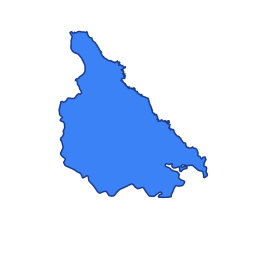 outline of Cat Tien, Lâm Đồng, Vietnam, rotated 294°
{"feature_id": "81297802B49537212124970", "entity_name": "Cat Tien", "entity_type": "district", "adm_level": 2, "iso_a3": "VNM", "parent_name": "Vietnam", "parent_adm1": "Lâm Đồng", "projection": "robinson", "projection_center": [107.427, 11.659], "detail": "fine", "context": "isolated", "style": "filled", "palette": "blue", "viewbox_px": 256, "rotation_deg": 294, "n_neighbors": 0, "source": "geoboundaries", "source_scale": "gbopen_adm2", "svg_char_len": 5902}
<svg xmlns="http://www.w3.org/2000/svg" viewBox="0 0 256 256"><g transform="rotate(294 128 128)"><path d="M193.6,40.1L192.6,40.1L192.2,39.8L192.2,39.3L193.0,37.4L192.4,36.6L191.5,36.3L190.9,36.8L189.3,39.3L188.6,39.9L184.4,40.6L182.5,41.6L178.9,42.8L177.4,43.8L176.6,44.6L175.3,46.9L175.0,48.8L175.2,50.0L175.3,52.4L173.0,57.1L167.8,63.2L162.7,65.6L161.0,65.6L159.0,65.2L156.8,64.1L155.0,62.9L153.7,62.8L152.3,61.7L152.0,61.1L151.1,60.5L150.4,60.4L150.1,60.7L150.1,62.4L149.8,62.9L147.3,64.1L145.9,66.6L144.2,67.8L142.1,70.7L141.5,71.1L140.7,71.2L139.5,70.7L139.2,69.2L138.9,68.7L136.8,67.8L135.0,67.6L133.0,66.6L132.0,64.5L131.6,62.7L131.0,61.2L130.3,60.7L128.3,60.7L126.3,59.7L125.2,58.5L125.5,57.1L124.7,56.1L123.5,56.2L122.7,56.6L120.9,56.7L119.7,57.2L117.6,57.4L116.1,57.9L112.9,59.9L111.8,61.0L111.8,62.4L111.4,63.2L111.0,63.6L110.4,63.6L108.4,62.8L107.4,63.0L107.1,64.7L107.3,66.2L106.3,68.0L105.8,68.5L104.6,68.8L104.1,69.3L102.5,70.0L101.2,70.2L100.3,70.0L98.7,70.2L98.3,70.3L97.6,71.2L95.5,71.7L93.5,71.6L91.5,70.7L90.2,71.0L89.2,71.9L88.9,72.8L84.5,76.3L82.1,76.8L77.8,76.6L76.8,77.1L76.3,77.7L75.2,79.7L74.6,82.8L74.2,83.3L73.6,83.5L70.6,83.2L70.2,83.4L68.5,85.4L68.2,85.9L68.1,87.0L68.1,90.7L68.2,93.5L68.0,96.4L67.4,99.1L67.2,102.9L66.5,104.2L64.2,106.5L64.1,107.1L64.7,107.8L67.3,109.5L67.8,110.2L67.8,110.8L67.4,111.4L64.4,113.4L63.8,114.0L61.0,120.4L57.3,126.4L56.9,128.3L57.4,129.3L58.7,130.3L60.1,131.7L60.8,132.9L61.2,134.2L59.4,136.8L58.6,138.4L59.1,140.8L60.2,142.4L61.0,143.0L64.7,143.9L67.3,144.9L69.1,145.9L71.7,148.3L77.7,153.4L78.5,154.4L78.5,155.5L76.8,159.2L76.5,161.5L77.4,162.8L79.5,165.2L79.8,166.2L76.9,170.6L75.8,172.8L74.7,174.5L74.6,175.2L75.5,178.1L76.4,179.8L80.4,181.8L82.7,183.6L82.8,184.0L82.6,184.5L81.9,185.7L81.7,185.8L81.3,185.6L80.1,184.2L79.1,183.6L77.8,183.7L77.4,184.2L77.5,184.9L78.0,185.8L78.6,187.7L81.3,193.2L82.6,195.2L83.0,195.3L84.7,194.7L88.4,194.8L91.4,194.6L94.4,194.9L94.9,195.2L95.5,197.8L97.1,200.6L98.7,201.6L101.0,201.8L101.9,201.6L102.2,201.2L102.3,200.7L102.2,197.0L102.8,195.2L103.1,194.8L104.0,194.1L106.4,193.8L107.5,192.0L108.0,190.3L107.2,186.9L107.5,184.6L108.4,181.6L108.2,178.1L108.5,177.6L109.2,177.1L110.4,177.1L111.1,177.8L111.4,180.5L112.9,182.3L113.0,182.8L112.7,183.2L111.2,183.5L110.6,184.2L110.3,184.7L110.1,185.9L110.9,187.6L112.9,189.7L113.3,190.4L113.1,190.8L112.7,191.1L110.0,192.6L109.7,193.3L109.8,194.2L112.1,195.0L112.6,195.3L113.3,195.9L114.9,198.1L115.5,198.2L116.5,197.6L116.7,196.8L116.3,195.9L114.3,193.6L114.1,192.5L114.4,191.8L116.1,192.4L116.6,192.9L117.0,194.0L117.5,197.0L119.7,201.0L120.0,201.9L119.8,203.3L118.0,209.1L118.0,210.6L118.6,212.9L118.6,214.0L116.1,216.0L113.7,217.2L113.6,217.4L113.7,217.9L115.8,219.4L116.7,219.7L117.3,219.6L118.2,219.1L119.0,217.9L120.0,217.0L123.1,216.3L123.7,215.9L124.1,215.2L124.0,213.3L124.3,212.6L127.9,211.8L130.8,212.1L132.8,210.2L131.9,208.6L131.4,208.2L129.8,208.0L129.8,207.5L130.0,206.7L131.2,205.3L131.1,203.6L131.3,203.2L132.3,202.4L133.1,202.4L133.8,202.1L135.9,200.0L136.6,198.9L136.8,198.1L136.3,196.3L136.9,195.3L136.9,194.8L136.3,194.5L134.9,193.0L134.5,191.6L134.7,191.0L134.5,190.3L134.5,189.3L135.2,188.7L135.3,188.0L135.7,187.9L136.1,187.5L136.9,187.3L137.4,186.6L137.5,186.0L137.1,185.2L137.3,184.5L137.3,183.9L137.9,183.3L138.9,181.2L140.1,180.3L140.2,179.0L140.8,178.3L140.7,177.5L140.9,176.9L140.7,176.4L140.8,175.6L141.4,174.6L141.5,173.9L142.1,173.3L142.9,172.0L143.8,171.1L144.6,170.8L145.0,170.1L145.0,169.7L144.5,169.0L144.7,168.3L143.7,167.7L144.4,167.1L144.5,165.4L144.8,165.3L144.9,166.0L145.1,166.1L146.4,165.2L148.2,165.0L148.3,164.6L147.9,162.9L148.1,162.2L148.8,162.6L149.8,162.6L149.7,163.2L150.0,163.5L150.2,163.4L150.4,162.6L151.2,162.3L150.9,161.6L149.4,161.4L148.7,160.7L148.9,160.1L149.6,160.1L149.8,159.7L149.6,159.2L149.6,158.6L148.7,158.6L148.8,158.0L148.6,157.2L149.0,156.4L149.1,155.4L148.4,154.8L147.5,154.8L147.2,154.0L146.6,153.1L147.4,153.1L148.1,152.4L148.1,152.1L147.5,151.5L147.6,151.1L148.3,151.0L148.8,151.3L149.1,151.2L149.8,150.5L150.6,150.0L151.0,148.7L151.7,148.7L151.8,147.8L151.0,147.0L150.9,146.7L152.0,145.9L151.9,145.0L152.4,143.9L154.1,143.0L154.3,142.1L154.8,142.2L155.4,141.4L156.1,141.2L157.1,139.9L157.9,139.3L158.5,137.9L159.2,137.7L162.9,134.8L163.3,134.0L162.9,127.1L163.6,127.4L164.1,126.8L163.3,125.2L163.2,124.6L164.0,123.6L163.8,122.2L164.6,122.0L165.0,121.7L164.8,119.8L165.7,118.9L165.5,117.7L165.9,117.6L166.7,118.2L167.1,117.5L166.7,116.5L165.3,115.8L165.3,115.6L165.8,115.0L165.7,114.5L164.7,113.4L164.6,113.0L164.8,112.8L165.7,112.8L165.9,112.6L165.9,112.3L165.0,111.7L164.9,111.5L165.7,110.7L165.6,109.3L166.5,108.6L166.4,107.8L167.1,107.7L167.3,107.5L167.3,106.4L167.8,105.4L167.8,104.7L168.8,104.1L168.4,102.5L168.7,102.2L169.6,102.6L170.7,102.5L171.1,102.9L171.7,104.4L172.4,104.8L173.1,104.5L173.2,103.5L173.4,103.3L174.0,104.3L174.5,104.3L174.7,103.9L174.5,102.9L174.7,102.6L175.2,102.6L175.7,103.1L175.9,103.1L175.4,101.7L175.5,101.1L176.6,101.7L177.1,101.3L177.8,101.0L178.0,100.8L178.0,99.7L178.8,99.9L179.0,99.7L178.4,98.6L178.6,98.2L180.1,99.4L181.4,100.1L181.9,100.9L182.4,100.9L182.8,100.5L182.7,100.3L181.8,99.7L181.6,99.3L182.8,97.7L182.3,96.8L182.6,95.9L182.6,95.4L181.7,94.1L182.9,93.7L184.0,94.0L184.4,93.8L184.6,93.3L183.9,92.5L184.3,92.4L184.1,91.5L184.6,91.0L183.6,90.6L183.4,90.1L182.2,89.4L182.6,88.4L182.1,87.9L182.5,86.5L182.2,85.9L182.5,85.1L182.2,84.7L182.3,84.1L182.0,83.6L181.7,82.7L181.9,81.2L182.3,80.2L182.2,79.5L182.4,78.8L182.3,77.6L182.6,77.0L183.1,76.9L183.2,76.7L183.2,75.9L183.6,74.9L184.5,74.1L185.1,73.1L185.6,72.9L186.3,73.0L186.4,72.6L186.8,72.4L187.3,71.0L190.5,66.6L192.6,63.2L193.3,60.3L194.2,59.3L195.4,58.5L195.1,56.5L195.2,55.7L195.5,55.1L196.6,53.4L197.5,52.9L199.1,51.3L198.9,51.0L198.1,50.7L197.7,48.5L196.8,46.3L196.5,44.4L195.4,42.9L193.9,41.9L193.7,41.4L193.6,40.1Z" fill="#3b82f6" stroke="#1e3a8a" stroke-width="1.5"/></g></svg>